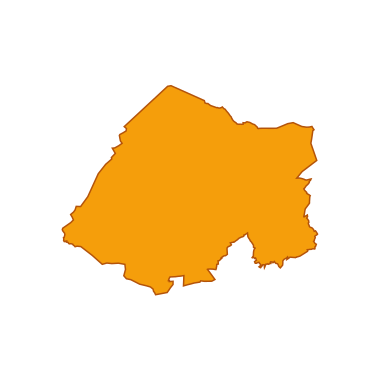 Awka South, Anambra, Nigeria, rotated 245°
{"feature_id": "59680162B42338651294858", "entity_name": "Awka South", "entity_type": "district", "adm_level": 2, "iso_a3": "NGA", "parent_name": "Nigeria", "parent_adm1": "Anambra", "projection": "robinson", "projection_center": [7.051, 6.191], "detail": "fine", "context": "isolated", "style": "filled", "palette": "amber", "viewbox_px": 384, "rotation_deg": 245, "n_neighbors": 0, "source": "geoboundaries", "source_scale": "gbopen_adm2", "svg_char_len": 5803}
<svg xmlns="http://www.w3.org/2000/svg" viewBox="0 0 384 384"><g transform="rotate(245 192 192)"><path d="M279.9,158.2L277.2,159.4L275.2,158.1L274.8,154.7L274.6,151.0L274.0,150.1L268.6,148.7L265.7,149.2L264.9,145.2L264.6,140.6L265.4,138.3L259.4,138.8L257.3,133.5L255.8,133.2L253.6,125.5L248.2,114.8L231.8,95.6L225.9,84.9L227.9,81.0L226.4,79.6L225.2,78.5L223.9,76.2L222.9,72.5L221.5,72.6L220.1,72.8L216.8,72.7L215.5,69.2L213.8,59.5L212.6,58.5L211.0,58.5L208.6,59.1L207.0,58.7L205.2,57.2L204.9,57.0L205.0,56.3L204.2,56.1L203.0,55.6L202.6,55.5L202.2,55.1L201.0,55.3L200.8,56.8L200.7,57.2L200.5,57.8L199.8,57.5L199.6,57.1L199.3,57.4L198.5,58.5L197.4,58.5L196.8,59.0L196.5,60.0L195.9,61.0L194.8,62.0L194.1,61.9L193.0,62.6L191.8,62.9L191.5,64.9L189.5,68.2L176.7,74.8L164.4,80.1L163.6,84.8L161.0,89.1L158.6,95.2L154.8,100.6L149.9,99.0L144.9,94.8L141.1,95.9L138.4,99.5L130.6,105.6L126.3,111.0L123.5,114.2L120.4,115.7L118.4,115.2L116.4,115.6L114.3,115.6L111.4,127.0L112.7,129.3L114.2,131.7L116.2,135.7L119.1,137.1L120.4,133.6L121.3,134.1L121.7,133.2L123.3,134.7L124.3,136.2L122.2,141.3L121.5,143.6L120.6,146.1L119.7,149.3L116.1,147.5L110.5,144.6L109.9,148.5L109.1,152.5L108.6,155.5L107.0,161.1L107.8,162.3L105.8,165.5L102.8,172.2L103.0,175.8L109.2,174.6L115.4,173.3L115.4,173.6L114.9,175.0L114.4,176.2L113.8,177.3L113.3,178.3L112.8,179.1L112.5,179.4L111.8,180.5L111.6,180.9L112.7,181.9L113.1,182.0L113.7,182.6L115.4,183.6L115.9,183.8L115.6,185.4L117.1,186.0L118.6,186.5L118.4,187.0L118.3,187.3L118.3,187.7L118.5,188.4L119.0,189.7L119.4,190.9L119.9,190.5L120.2,191.2L120.3,192.6L120.5,192.7L120.5,193.0L120.6,194.0L120.1,195.6L120.6,197.7L125.7,199.7L126.6,200.3L127.1,201.4L127.1,202.6L127.1,204.2L127.2,204.7L127.5,205.4L129.7,205.2L129.4,207.0L129.0,208.2L129.1,208.7L128.8,208.9L128.9,209.6L129.3,211.3L129.6,213.3L129.9,213.9L130.0,214.4L130.2,215.0L130.3,215.9L130.2,216.7L130.3,217.7L130.2,218.3L130.0,218.8L130.0,219.4L130.1,219.9L130.3,220.6L131.0,220.7L131.0,221.4L130.9,222.1L131.4,225.0L130.6,224.7L129.6,224.4L128.4,223.9L127.2,223.8L126.4,223.9L125.8,224.0L124.4,224.2L123.5,224.2L123.0,224.2L121.6,224.7L118.0,225.2L117.0,224.9L115.9,224.4L115.2,224.9L114.9,225.4L114.4,225.4L114.3,224.8L112.9,223.3L111.6,222.4L109.0,221.0L108.5,220.8L108.2,220.6L107.1,218.8L106.7,219.2L106.6,220.3L106.0,220.6L105.2,220.8L105.3,221.7L104.2,221.7L102.8,221.5L102.9,221.0L102.7,220.4L102.5,219.4L102.4,219.2L100.7,219.2L100.2,220.2L100.2,220.8L100.3,222.2L100.0,223.0L99.3,223.1L98.9,222.9L97.7,223.5L97.1,223.4L96.7,223.5L96.2,222.2L95.9,221.1L95.0,221.6L94.6,222.0L95.0,222.2L94.9,222.4L94.6,222.5L95.0,223.3L95.4,224.2L95.6,224.7L96.1,224.9L96.2,225.0L96.2,225.5L95.4,226.9L95.1,226.7L94.3,226.3L93.4,225.9L92.8,225.7L93.2,226.2L94.1,227.1L95.0,228.1L95.4,228.6L94.9,229.6L94.6,230.2L94.8,230.4L94.1,231.0L94.2,231.7L94.2,232.1L94.3,232.4L94.2,232.5L93.9,233.3L94.3,233.5L95.3,233.3L95.5,233.7L95.4,234.0L95.2,234.3L94.4,235.4L94.2,235.5L93.7,235.5L93.8,236.5L94.2,237.0L94.3,237.2L93.9,237.3L93.0,237.5L92.3,237.6L91.8,237.9L91.2,238.8L90.8,239.2L90.3,239.3L89.2,239.3L88.2,239.2L87.7,239.3L87.0,239.5L85.9,240.0L87.1,242.6L87.3,243.1L88.5,243.9L90.1,244.7L91.2,245.2L91.7,246.2L92.1,247.1L92.2,249.8L92.8,251.2L92.6,251.2L92.3,251.0L91.4,250.1L90.8,249.6L90.9,250.2L91.0,251.4L91.3,252.3L91.5,253.3L91.2,253.9L90.1,255.8L89.1,257.6L88.8,258.0L88.9,258.3L88.7,259.4L88.9,259.7L88.8,259.9L88.5,261.1L88.3,262.9L89.4,271.5L89.7,272.0L91.0,272.1L90.7,273.0L90.4,273.5L90.4,274.0L89.7,275.8L89.5,276.3L89.6,276.7L89.5,277.6L88.6,278.9L88.5,279.2L88.9,279.6L89.9,280.0L90.4,280.4L90.4,280.9L90.7,281.2L91.0,281.5L92.1,282.6L93.3,281.8L94.2,281.6L95.7,281.5L95.9,281.4L96.2,282.1L96.5,282.5L97.2,282.9L98.5,284.4L99.9,284.5L100.1,284.9L100.3,286.0L100.4,286.8L100.5,287.3L100.8,288.0L101.8,287.9L102.9,287.8L104.6,287.5L104.7,286.2L106.1,286.3L107.8,286.0L108.7,285.6L109.1,285.4L109.7,284.6L110.2,284.2L110.8,283.9L111.2,283.8L111.6,283.9L112.0,284.0L113.1,284.0L113.7,284.0L114.2,284.1L114.6,284.3L114.8,284.4L115.0,284.6L115.0,285.0L116.6,285.6L118.4,285.3L118.7,285.3L119.1,285.1L119.5,285.0L119.9,284.9L120.3,285.5L120.8,286.3L121.1,286.4L122.4,286.8L122.2,284.6L122.1,283.0L122.4,282.9L122.9,283.3L125.4,285.1L127.7,286.6L128.9,287.6L131.9,293.2L132.4,293.9L132.7,293.9L138.0,296.8L138.7,297.6L140.2,296.8L142.0,295.5L142.5,295.4L143.1,295.8L143.4,295.7L145.0,295.1L146.0,294.8L146.9,294.7L147.5,294.7L147.8,294.9L147.8,295.3L147.9,295.7L148.1,295.9L148.3,296.3L148.6,296.9L149.3,298.0L149.5,298.7L149.9,300.0L150.5,301.4L151.2,302.4L152.0,302.7L152.4,303.9L152.6,304.4L153.5,305.4L153.8,304.1L154.3,301.4L154.6,300.5L155.2,299.8L155.7,299.2L156.2,299.0L156.4,298.7L157.2,297.9L158.3,296.6L159.4,295.0L160.3,292.8L164.0,300.5L167.9,318.4L185.9,320.3L189.3,322.7L196.6,327.5L196.7,328.0L196.7,328.5L196.9,328.9L197.5,328.8L199.3,328.5L200.7,328.4L201.0,327.1L201.3,325.7L202.4,323.1L203.4,321.6L204.9,319.3L206.1,318.2L212.1,313.0L213.5,307.6L213.7,302.0L214.0,295.7L215.6,292.1L217.2,288.7L220.0,282.8L221.1,280.2L221.5,278.8L222.1,278.4L222.7,278.6L223.2,278.6L223.5,278.4L224.4,278.0L225.2,277.8L226.1,277.4L226.8,277.0L227.9,275.8L228.8,275.1L229.7,274.5L230.8,273.6L231.2,273.0L232.2,271.8L232.4,271.2L232.5,271.1L232.4,270.3L232.2,269.9L232.3,269.1L232.6,268.7L232.9,268.1L233.2,267.6L231.9,267.1L232.3,265.7L232.8,264.9L233.0,264.5L233.3,263.8L233.8,262.7L234.2,262.0L234.6,261.8L235.0,261.3L235.3,261.3L235.9,261.2L236.3,261.1L236.8,260.7L238.6,259.7L240.7,259.2L241.3,259.3L241.9,259.1L243.3,259.3L245.3,258.7L247.9,258.3L250.6,257.5L253.0,257.0L254.1,256.1L256.3,255.4L256.1,254.3L256.4,252.4L257.1,251.3L257.7,250.9L257.9,250.1L262.5,245.4L264.8,244.1L265.5,243.8L265.9,242.8L267.2,241.4L269.6,241.8L297.2,217.9L298.1,214.6L279.9,158.2Z" fill="#f59e0b" stroke="#b45309" stroke-width="1.5"/></g></svg>